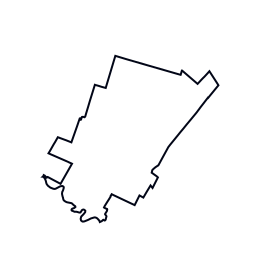 the district of Platonesti, Ialomita, Romania, rotated 226°
{"feature_id": "2599482B5034818098207", "entity_name": "Platonesti", "entity_type": "district", "adm_level": 2, "iso_a3": "ROU", "parent_name": "Romania", "parent_adm1": "Ialomita", "projection": "mercator", "projection_center": [27.7, 44.591], "detail": "fine", "context": "isolated", "style": "outline", "palette": "ink", "viewbox_px": 256, "rotation_deg": 226, "n_neighbors": 0, "source": "geoboundaries", "source_scale": "gbopen_adm2", "svg_char_len": 2947}
<svg xmlns="http://www.w3.org/2000/svg" viewBox="0 0 256 256"><g transform="rotate(226 128 128)"><path d="M98.1,223.2L112.3,226.0L112.1,223.7L112.0,222.1L111.8,218.6L111.8,216.7L111.7,214.0L111.6,212.5L111.4,208.7L131.8,206.8L131.9,206.7L131.6,206.2L131.3,205.6L130.2,203.8L129.8,203.0L129.7,202.8L133.3,200.7L144.6,194.2L159.7,185.5L178.7,174.6L188.7,169.0L180.1,153.7L172.3,139.8L174.8,138.3L175.8,137.7L176.9,137.1L177.2,136.9L177.3,136.9L177.7,136.7L179.8,135.5L181.3,134.6L182.1,134.2L178.2,127.1L174.2,119.8L171.2,114.5L167.8,108.4L166.2,105.6L166.0,105.3L165.9,104.3L166.0,104.1L166.6,103.8L167.0,103.6L167.3,103.3L167.5,103.1L167.7,102.9L167.9,102.6L167.9,102.4L167.4,101.4L167.1,100.9L166.8,100.3L166.7,100.1L166.7,99.8L166.7,99.7L166.9,99.5L167.1,99.4L167.2,99.5L167.6,99.8L167.8,100.1L168.0,100.2L168.3,100.2L168.4,99.9L164.8,92.9L157.0,77.3L162.3,74.9L163.5,74.3L170.1,71.1L168.5,65.7L167.9,63.3L165.6,55.5L165.1,53.5L165.0,53.2L158.0,56.1L147.6,60.4L141.2,62.9L138.7,54.4L134.7,40.7L143.0,38.0L148.6,36.2L148.8,35.9L148.7,35.3L148.7,35.1L148.8,34.9L149.0,34.9L149.6,34.9L150.2,35.0L151.7,35.0L152.5,34.7L152.4,34.6L152.3,33.7L152.2,33.1L152.2,32.9L152.1,33.0L151.8,33.1L151.6,33.1L150.8,33.2L150.3,33.2L148.6,32.8L147.2,32.2L146.3,31.7L145.2,31.0L144.0,30.5L143.0,30.4L141.7,30.3L140.8,30.5L139.2,30.7L137.6,31.4L136.5,31.9L135.4,32.6L134.6,33.7L133.2,38.5L132.4,39.9L131.7,40.6L130.8,40.8L130.1,40.7L129.5,40.1L128.4,38.2L128.0,37.2L127.7,36.3L126.5,34.8L125.4,34.1L123.9,33.2L123.1,32.9L122.4,32.4L121.2,31.7L120.1,31.6L119.1,31.8L118.5,31.9L117.0,32.5L113.4,35.0L112.6,35.3L111.4,35.3L109.9,35.4L108.4,35.7L108.0,35.5L107.7,35.3L107.7,34.8L107.8,34.2L107.9,33.5L108.2,32.8L108.6,32.1L108.7,31.4L108.6,30.9L108.4,30.6L108.1,30.3L107.6,30.2L106.1,30.9L105.0,31.3L103.6,32.7L102.7,33.3L101.9,33.7L100.8,34.4L100.3,35.1L100.6,36.7L100.9,37.7L100.7,38.7L100.1,39.5L99.2,39.8L98.1,39.8L97.2,38.7L96.9,36.5L96.8,33.9L96.8,32.9L96.3,32.0L95.5,30.8L94.1,30.0L92.9,30.1L92.0,30.5L91.1,31.8L89.6,35.5L88.7,38.5L87.2,41.4L86.7,42.1L85.7,42.7L84.9,43.0L83.6,43.1L81.3,43.0L79.9,42.4L79.3,44.2L79.2,44.7L79.2,46.3L79.0,46.6L78.2,46.7L77.6,47.0L77.5,47.4L77.6,48.3L78.0,48.8L79.3,51.0L79.5,51.2L80.2,51.4L81.4,51.5L81.7,51.5L82.1,51.9L82.9,55.1L83.6,56.2L84.0,56.6L84.3,56.7L85.1,56.3L85.8,56.0L86.2,55.9L86.7,55.7L87.4,55.5L87.5,55.5L87.8,56.4L88.1,57.2L89.3,62.0L89.8,64.2L90.7,67.8L91.1,68.1L91.3,68.7L91.3,69.0L91.5,69.5L91.7,70.3L90.7,70.6L71.1,78.0L69.1,78.8L68.4,79.0L67.9,79.2L68.7,81.5L69.7,84.3L71.5,89.4L67.3,90.7L69.2,97.5L71.0,104.3L67.8,104.0L71.7,115.2L73.4,115.1L75.5,114.7L79.4,114.0L80.2,115.3L80.8,116.1L80.9,117.7L80.7,120.7L80.4,122.1L80.3,123.1L80.1,123.4L80.1,123.8L80.1,124.1L82.6,132.0L86.3,143.9L86.3,144.1L86.7,146.8L87.5,153.6L88.7,163.4L89.1,167.3L89.8,172.9L90.4,178.5L91.5,188.2L92.6,194.8L94.3,206.6L94.0,206.6L94.4,209.9L95.9,222.7L96.7,222.9L98.1,223.2Z" fill="none" stroke="#020617" stroke-width="2"/></g></svg>